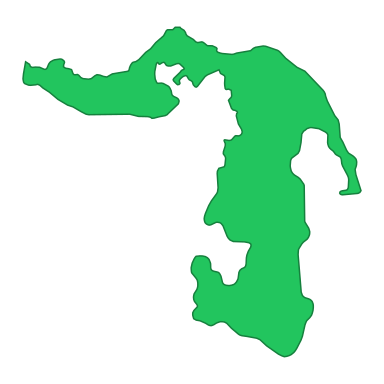 SVG path tracing the border of Adygey
{"feature_id": "RUS-2279", "entity_name": "Adygey", "entity_type": "Republic", "adm_level": 1, "iso_a3": "RUS", "parent_name": "Russia", "parent_adm1": "", "projection": "orthographic", "projection_center": [39.851, 44.472], "detail": "fine", "context": "isolated", "style": "filled", "palette": "green", "viewbox_px": 384, "rotation_deg": 0, "n_neighbors": 0, "source": "natural_earth", "source_scale": "10m", "svg_char_len": 5869}
<svg xmlns="http://www.w3.org/2000/svg" viewBox="0 0 384 384"><path d="M175.2,27.3L180.0,27.3L180.9,28.4L184.0,30.3L185.5,32.5L185.9,34.0L187.1,35.8L193.4,39.5L195.8,41.9L197.7,42.6L201.6,41.9L202.7,42.1L204.5,43.3L206.8,45.3L207.6,45.7L212.3,45.8L215.9,47.4L216.7,48.1L217.0,48.7L216.6,50.2L216.8,51.2L217.6,52.1L220.0,53.0L222.1,53.5L232.0,54.4L233.9,54.1L236.6,53.1L250.6,50.7L253.4,48.3L255.5,47.3L263.2,46.0L265.8,46.3L277.5,50.3L279.0,51.2L280.5,52.6L285.6,58.2L297.0,67.3L304.9,71.2L323.2,90.4L324.3,92.0L325.2,93.9L325.6,96.1L327.3,101.0L334.7,115.6L338.1,119.9L339.2,124.1L340.2,137.5L342.8,142.0L346.6,150.3L348.5,153.1L352.9,155.9L354.6,157.4L356.0,159.1L356.4,160.3L356.7,162.0L356.5,164.9L356.1,166.5L355.1,169.4L355.9,174.6L361.0,190.7L359.8,192.5L357.9,193.4L342.5,194.8L341.2,194.6L340.2,194.0L339.7,193.1L340.1,191.8L341.0,191.2L342.3,190.8L346.3,190.2L347.3,189.6L347.9,188.6L348.3,187.4L348.7,180.0L348.6,178.7L348.2,176.9L347.3,174.9L342.6,166.0L341.8,163.7L341.3,159.5L340.9,158.2L340.1,156.9L336.6,155.0L335.4,154.1L334.3,152.5L333.1,151.0L330.9,149.3L329.6,148.0L328.6,146.5L327.9,144.3L327.6,142.5L327.9,135.0L327.1,133.4L325.4,132.0L319.0,128.7L311.9,127.6L310.0,127.6L307.0,128.6L305.0,130.3L303.6,131.2L301.8,134.0L301.0,142.6L299.5,150.6L298.0,153.4L291.8,158.1L291.1,159.2L290.6,160.7L290.2,165.9L290.5,168.1L291.2,170.9L292.0,172.4L292.8,173.5L294.4,175.0L298.4,177.5L300.2,179.1L303.8,184.3L304.2,185.6L304.7,221.3L305.2,222.5L308.7,228.2L309.7,231.5L309.7,233.0L309.5,234.7L308.6,237.0L307.8,238.3L307.0,239.3L303.4,242.1L301.9,243.8L298.8,248.8L298.4,250.0L298.1,254.5L301.2,292.1L302.4,295.5L303.7,296.8L305.0,297.7L308.8,298.9L310.4,299.7L311.7,300.9L312.3,301.8L313.1,304.0L313.3,305.5L313.3,307.5L313.0,310.4L312.3,313.1L311.5,315.3L309.8,317.6L306.7,320.7L305.9,322.4L305.0,324.8L302.4,336.3L301.0,340.1L296.9,348.1L295.3,350.7L293.8,352.5L291.2,354.6L289.1,355.6L286.8,356.3L284.3,356.7L281.8,355.8L278.4,354.1L266.6,345.8L260.0,339.7L256.7,338.2L246.9,336.4L241.9,335.7L240.0,335.1L238.5,334.2L231.4,328.2L226.8,323.3L224.4,322.0L222.1,321.7L220.1,321.7L216.5,323.0L213.8,324.7L211.6,325.6L210.2,325.6L208.4,325.0L205.5,323.2L200.1,320.8L196.2,320.1L193.7,318.7L192.8,315.5L192.7,314.3L192.8,312.7L193.8,310.7L194.7,309.6L197.2,307.0L197.5,305.9L196.9,304.5L194.7,301.7L194.3,301.0L193.7,299.3L193.5,297.1L193.7,295.6L194.1,293.9L196.9,289.4L197.4,287.9L197.8,286.1L197.8,283.0L197.5,281.2L197.1,279.8L195.9,278.0L191.9,273.1L191.6,272.5L191.4,271.4L191.2,268.9L191.2,267.5L192.2,263.1L194.1,259.0L195.1,257.4L196.1,256.3L199.9,255.9L202.7,256.0L205.4,256.6L207.5,257.8L209.0,259.4L210.3,262.6L210.6,263.8L210.7,267.9L211.0,269.1L211.6,270.1L212.5,270.7L213.7,271.2L217.9,272.2L218.8,272.7L219.6,273.6L220.7,275.6L221.1,276.7L222.5,282.5L223.0,283.4L223.8,284.3L224.9,284.9L226.3,285.3L229.1,285.6L231.6,285.2L233.7,284.5L234.7,283.9L236.3,282.2L237.4,280.2L238.1,278.6L238.9,272.5L239.5,271.1L240.1,270.1L241.8,268.7L243.9,267.8L244.9,267.1L245.6,266.0L246.1,264.0L246.4,257.8L246.9,255.1L248.3,251.3L250.6,247.3L251.0,245.9L250.9,244.2L249.9,243.3L248.8,242.7L244.6,241.9L233.3,241.5L230.0,240.0L228.4,238.3L227.1,236.2L223.0,225.8L221.6,224.0L220.8,223.2L219.7,222.6L217.1,222.2L215.9,222.4L210.9,224.8L209.3,225.1L208.2,224.9L206.4,224.0L205.2,222.8L204.7,221.7L204.3,220.0L204.2,218.4L204.6,216.1L205.5,213.3L208.7,205.7L211.4,200.9L216.7,193.6L217.5,192.0L218.1,187.8L217.2,173.5L217.4,171.2L218.9,168.3L224.1,166.8L224.6,166.0L225.0,164.6L225.6,158.7L225.5,157.6L225.1,156.4L223.3,153.8L223.4,151.8L225.2,146.0L225.3,143.7L224.2,141.0L224.1,140.3L224.4,139.9L225.4,139.9L229.1,140.5L230.8,140.2L231.8,139.6L234.8,136.2L235.8,135.7L238.6,135.9L239.9,135.5L241.1,134.6L241.6,133.9L242.0,133.0L242.2,131.7L241.5,129.2L238.4,124.0L236.3,115.9L236.7,113.5L237.3,112.9L237.4,112.2L237.1,111.5L235.2,110.4L233.1,110.0L231.5,108.4L228.5,100.3L229.9,98.6L231.1,97.5L231.5,96.5L231.7,95.6L231.2,90.3L228.6,89.1L226.4,89.5L225.7,89.2L225.2,88.5L224.7,85.2L224.6,83.1L225.0,77.2L224.7,76.3L224.2,75.5L220.5,73.4L219.0,69.8L207.5,74.8L205.1,76.5L197.4,86.4L196.3,87.1L195.7,87.0L195.0,86.7L193.3,84.8L192.3,81.7L191.4,80.9L189.3,79.8L188.4,78.7L186.9,76.1L186.1,75.7L185.0,75.7L183.2,76.5L182.2,77.2L180.3,78.9L179.5,80.2L179.3,80.9L179.9,82.9L179.9,83.6L179.0,84.5L177.5,84.7L176.4,83.8L173.6,80.9L173.3,80.2L173.2,79.5L174.0,78.2L180.0,72.4L181.5,70.4L184.0,69.2L184.2,68.5L183.5,67.4L179.5,63.7L178.4,63.5L176.7,63.7L170.7,66.0L168.2,66.0L166.6,65.5L166.1,65.0L164.5,62.6L163.7,62.3L162.0,62.8L160.0,64.1L159.5,64.2L158.9,64.0L158.1,62.8L157.7,62.5L157.0,62.8L156.2,64.3L154.8,71.5L154.7,74.2L155.2,79.0L156.4,81.9L157.1,83.0L157.7,83.3L161.5,83.1L163.3,83.5L168.2,86.1L169.2,87.0L170.0,88.3L171.2,90.9L171.8,94.3L172.3,95.2L173.6,96.4L176.7,97.8L178.0,98.8L178.5,99.4L179.1,101.0L178.6,103.1L178.2,104.0L167.8,113.9L167.4,114.5L165.3,115.6L159.0,116.8L154.1,118.1L151.9,118.3L150.9,117.5L149.4,116.9L147.5,116.6L138.5,116.4L129.7,114.2L88.8,114.7L86.1,114.2L81.4,111.8L73.0,106.9L67.6,105.1L58.0,99.4L49.4,92.2L42.9,88.0L39.9,85.3L38.4,84.6L37.3,84.3L35.8,84.8L30.3,85.3L28.5,85.1L24.9,83.7L24.2,83.1L23.6,82.1L23.2,80.2L23.0,78.8L23.5,73.8L25.6,61.8L29.5,64.3L30.3,66.3L31.0,66.9L32.3,67.4L35.5,67.1L39.7,67.3L44.0,69.2L45.0,69.4L45.8,69.2L46.7,68.5L47.2,67.7L48.7,64.1L49.6,62.8L50.5,61.8L53.2,60.3L54.7,59.8L60.1,59.0L61.2,59.1L62.3,59.5L63.9,60.8L64.4,61.7L64.5,62.5L63.7,64.7L63.5,66.8L65.5,68.2L68.7,68.7L71.5,69.6L71.9,70.5L72.9,73.4L73.7,74.5L75.0,74.8L77.5,74.5L78.7,75.2L80.8,77.5L82.9,78.6L88.6,79.2L91.3,78.6L95.0,75.7L97.0,74.7L99.9,75.1L103.4,76.4L106.9,77.0L112.3,73.9L127.1,71.4L128.6,70.9L129.2,69.4L129.6,67.5L130.6,65.2L131.9,63.2L133.0,62.3L135.9,61.6L138.9,59.6L145.7,52.4L150.6,48.8L155.7,42.7L163.6,35.8L166.4,30.6L167.4,29.8L172.8,29.7L175.2,27.3Z" fill="#22c55e" stroke="#15803d" stroke-width="1.5"/></svg>